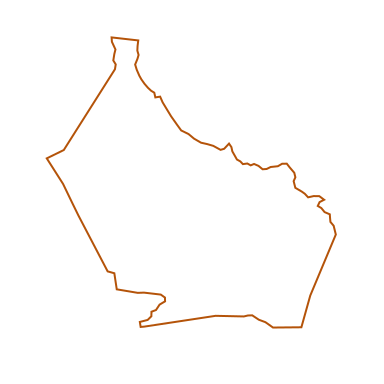 São José do Campestre, Rio Grande do Norte, Brazil (Mercator projection), rotated 99°
{"feature_id": "56859067B48903560700593", "entity_name": "São José do Campestre", "entity_type": "district", "adm_level": 2, "iso_a3": "BRA", "parent_name": "Brazil", "parent_adm1": "Rio Grande do Norte", "projection": "mercator", "projection_center": [-35.766, -6.302], "detail": "fine", "context": "isolated", "style": "outline", "palette": "amber", "viewbox_px": 384, "rotation_deg": 99, "n_neighbors": 0, "source": "geoboundaries", "source_scale": "gbopen_adm2", "svg_char_len": 1367}
<svg xmlns="http://www.w3.org/2000/svg" viewBox="0 0 384 384"><g transform="rotate(99 192 192)"><path d="M211.5,43.3L207.7,44.9L203.2,46.8L199.9,50.6L196.0,51.6L192.5,52.4L191.1,57.9L187.6,61.8L186.1,65.6L182.0,64.4L179.0,60.3L176.2,65.6L177.0,71.2L179.1,76.5L176.1,80.3L174.4,83.7L171.7,90.6L165.4,93.3L161.3,92.2L157.0,94.0L152.3,99.5L149.2,102.8L150.0,107.4L153.1,111.2L155.0,118.2L157.6,121.9L158.5,125.8L155.8,130.4L154.6,135.1L156.5,138.2L155.2,141.8L156.5,146.1L154.2,149.1L152.9,152.7L149.1,155.7L145.6,158.5L141.5,160.1L138.4,163.0L144.3,167.0L145.9,170.4L143.1,178.2L142.3,184.5L141.9,190.8L139.0,198.3L135.3,204.5L132.9,212.3L127.8,217.4L120.5,224.5L113.3,230.6L108.1,235.0L102.8,238.4L104.3,243.0L99.8,244.8L98.4,248.2L95.9,251.9L92.5,255.9L88.7,259.6L85.4,262.2L79.9,265.7L75.0,268.1L69.0,266.7L65.0,266.2L60.9,268.1L56.2,268.6L50.7,268.8L51.9,295.6L56.2,294.6L63.2,289.9L67.9,290.3L74.4,290.3L77.9,287.3L82.8,287.3L148.1,315.5L170.6,325.2L181.5,340.7L204.2,320.6L222.2,308.1L233.0,300.5L283.6,262.9L284.4,256.0L299.9,251.1L300.1,229.8L298.9,223.7L298.2,206.8L300.5,202.2L304.2,201.5L308.3,206.4L314.2,209.1L316.6,213.3L321.1,212.7L325.3,215.8L328.5,223.2L333.3,221.6L332.4,218.0L310.6,149.3L306.8,121.3L305.2,117.4L304.4,113.2L307.7,106.0L309.1,99.1L313.2,90.8L308.5,62.8L275.8,59.0L211.5,43.3Z" fill="none" stroke="#b45309" stroke-width="2"/></g></svg>